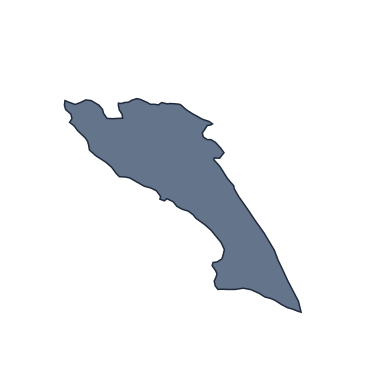 Ragunda, Jämtland, Sweden, rotated 32°
{"feature_id": "70781695B27486788902069", "entity_name": "Ragunda", "entity_type": "district", "adm_level": 2, "iso_a3": "SWE", "parent_name": "Sweden", "parent_adm1": "Jämtland", "projection": "equal_earth", "projection_center": [16.011, 63.184], "detail": "fine", "context": "isolated", "style": "filled", "palette": "slate", "viewbox_px": 384, "rotation_deg": 32, "n_neighbors": 0, "source": "geoboundaries", "source_scale": "gbopen_adm2", "svg_char_len": 1694}
<svg xmlns="http://www.w3.org/2000/svg" viewBox="0 0 384 384"><g transform="rotate(32 192 192)"><path d="M82.5,155.7L83.5,157.4L86.7,160.8L91.7,163.3L94.1,166.2L89.6,169.2L85.5,172.1L80.9,174.6L75.2,172.1L72.4,169.4L67.1,167.7L58.0,167.9L53.1,170.2L50.2,174.9L46.5,179.7L40.3,181.0L35.8,181.8L37.8,186.0L41.1,189.0L48.1,190.2L51.3,193.4L51.3,197.8L57.0,198.4L62.6,200.6L72.9,202.7L76.6,204.4L79.4,206.9L82.7,210.7L91.1,212.2L103.2,212.4L110.7,213.6L118.1,216.5L122.3,217.5L127.5,214.6L131.7,213.1L148.5,212.4L154.6,210.5L161.1,209.8L167.7,212.4L168.6,215.1L173.3,214.1L174.2,211.0L181.2,210.2L186.8,212.2L192.4,211.9L199.0,210.2L205.0,210.7L209.2,212.2L220.0,212.9L228.4,214.3L234.9,216.5L243.4,219.4L249.9,223.6L251.3,227.4L252.8,232.8L250.4,237.9L247.2,240.6L248.1,243.8L253.7,246.2L256.6,248.2L257.5,251.6L258.0,255.7L261.3,259.2L265.6,260.9L268.1,259.1L275.1,255.0L280.3,251.7L286.5,246.4L293.7,243.6L302.3,242.4L309.5,242.4L315.2,240.6L319.7,239.9L328.1,240.0L334.3,239.5L339.1,238.1L345.5,236.9L348.2,236.1L340.2,228.3L320.3,216.6L310.4,210.1L301.1,204.2L292.7,197.8L275.0,188.7L259.4,182.2L249.1,177.5L233.9,171.1L226.0,166.8L224.1,164.6L219.3,163.2L214.3,161.5L206.4,157.6L201.6,155.4L193.5,153.1L192.8,151.5L197.6,148.6L197.8,146.0L198.3,141.7L192.8,139.5L185.7,137.5L180.4,137.5L177.1,139.5L172.3,139.3L169.5,136.5L169.7,130.9L169.7,127.4L172.3,125.3L173.3,123.4L169.2,123.1L162.1,124.8L150.0,125.4L144.0,125.3L140.5,124.8L136.9,124.1L134.7,124.3L130.9,126.2L126.6,128.5L124.7,130.2L118.8,132.3L117.3,136.0L114.0,137.3L110.2,139.7L106.4,139.8L98.8,140.9L95.7,142.1L92.3,146.0L90.6,149.5L87.3,151.9L85.4,154.2L82.5,155.7Z" fill="#64748b" stroke="#1e293b" stroke-width="1.5"/></g></svg>